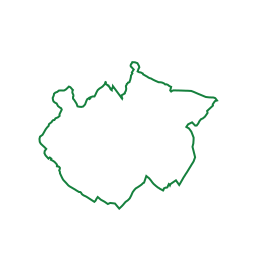 Acatlán, Veracruz, Mexico (Albers equal-area conic projection), rotated 225°
{"feature_id": "50627088B71812664206882", "entity_name": "Acatlán", "entity_type": "district", "adm_level": 2, "iso_a3": "MEX", "parent_name": "Mexico", "parent_adm1": "Veracruz", "projection": "albers", "projection_center": [-96.837, 19.689], "detail": "fine", "context": "isolated", "style": "outline", "palette": "green", "viewbox_px": 256, "rotation_deg": 225, "n_neighbors": 0, "source": "geoboundaries", "source_scale": "gbopen_adm2", "svg_char_len": 4898}
<svg xmlns="http://www.w3.org/2000/svg" viewBox="0 0 256 256"><g transform="rotate(225 128 128)"><path d="M202.5,96.0L200.7,94.7L199.4,94.1L197.6,94.3L195.8,94.9L193.0,94.0L190.6,94.3L189.2,94.7L187.8,94.1L187.0,91.7L186.1,89.2L184.9,88.2L185.1,85.9L186.1,83.6L185.7,81.6L186.5,80.6L186.5,79.3L186.2,78.1L186.6,75.0L186.5,74.7L185.6,73.3L185.6,72.8L185.6,70.9L185.4,70.0L185.3,68.9L184.2,65.0L183.6,62.7L183.9,61.1L184.1,59.7L182.9,57.7L180.6,55.8L178.6,55.2L175.7,55.3L175.1,55.3L173.8,55.4L173.6,55.4L171.9,55.4L171.0,55.4L170.6,52.8L169.3,51.1L166.9,50.3L162.6,50.1L162.6,51.2L162.5,51.8L162.2,51.9L160.5,52.1L160.0,51.0L159.8,51.1L157.2,51.9L155.6,52.1L155.4,52.1L152.5,51.9L151.8,51.4L151.3,50.7L150.9,50.7L150.8,50.9L150.5,51.4L149.2,51.8L147.9,51.6L147.2,50.7L146.7,49.4L145.1,48.8L144.0,47.8L143.6,47.7L140.3,46.5L138.2,45.8L136.8,45.5L136.6,45.5L132.8,45.4L129.6,45.2L129.0,45.3L128.1,45.4L125.9,46.0L125.1,46.2L123.2,46.7L121.3,47.2L121.0,47.2L120.6,47.3L117.4,48.1L116.6,48.9L115.6,49.1L114.1,48.7L113.0,48.7L111.3,49.1L109.5,49.8L108.0,50.2L104.7,50.9L99.6,52.0L99.6,52.4L99.5,53.1L99.7,54.1L100.2,55.6L100.6,57.8L97.7,58.0L96.5,58.1L92.4,59.3L88.5,60.0L87.6,62.4L85.1,64.4L83.8,65.4L79.5,65.0L77.2,64.8L77.1,68.2L77.1,68.7L77.2,71.1L77.3,71.4L77.4,73.5L77.5,73.8L77.2,75.6L77.0,76.6L77.0,78.0L77.0,79.4L77.5,81.0L78.1,82.9L78.3,83.3L78.4,83.6L79.3,85.9L79.7,88.5L79.8,90.5L79.8,90.8L79.2,93.2L78.7,95.7L78.5,97.1L78.4,97.4L78.4,97.7L78.4,98.4L78.4,98.8L78.4,99.6L78.0,100.7L81.1,107.0L79.0,107.2L77.6,107.4L76.7,107.3L75.4,107.2L74.6,107.1L72.1,106.7L71.6,106.7L70.9,106.6L70.1,106.6L69.9,106.6L68.5,106.7L67.1,106.8L65.5,107.0L65.3,107.0L65.1,107.0L63.7,107.4L62.9,107.5L61.7,107.8L61.4,107.9L61.2,108.0L59.0,108.6L59.2,109.5L59.9,110.6L59.3,112.4L58.7,112.9L58.2,113.8L59.5,117.3L58.9,117.4L58.5,117.3L57.8,117.1L58.2,118.0L58.3,118.4L58.1,119.6L57.1,124.9L51.5,123.9L51.8,125.2L53.4,131.1L53.7,132.1L54.2,134.5L54.5,135.7L54.8,137.1L54.9,137.8L56.0,142.4L56.1,142.8L56.6,144.9L56.6,145.0L56.8,145.7L57.0,146.5L57.3,147.7L57.4,148.4L57.6,149.1L58.0,150.8L58.3,151.4L59.9,154.8L60.3,155.0L61.6,155.8L62.4,156.3L64.1,157.3L64.9,157.8L69.1,160.3L70.9,163.3L72.4,165.0L72.9,165.6L74.7,167.5L74.8,167.6L78.1,169.1L80.7,170.2L84.7,170.8L85.4,170.6L86.6,170.2L87.5,170.0L87.9,172.1L88.1,173.1L87.5,174.9L86.7,177.3L82.2,177.2L81.2,178.3L81.5,180.8L82.3,183.2L82.6,185.8L81.9,187.6L81.6,190.3L82.1,193.3L82.4,194.9L82.8,195.2L84.1,196.0L83.8,203.9L84.8,204.6L85.3,207.0L85.5,208.6L84.5,210.4L87.4,210.8L88.3,210.4L89.0,210.1L92.1,207.2L94.2,205.5L94.9,205.0L95.0,204.9L99.4,203.1L100.6,202.6L102.0,202.0L103.5,201.4L107.3,199.9L109.5,198.9L112.6,196.1L113.2,195.5L114.6,194.2L115.9,193.0L119.3,189.8L119.7,189.4L122.5,186.7L123.2,185.1L123.3,184.3L124.7,184.4L125.6,186.0L126.1,186.8L126.6,187.6L128.4,186.9L130.3,186.7L131.7,186.1L132.5,185.1L134.0,185.0L135.7,184.4L137.0,183.6L138.9,181.9L139.3,181.8L142.1,180.7L144.4,179.9L146.7,179.3L148.1,178.5L149.3,178.1L150.7,177.9L150.9,177.8L154.6,176.8L155.2,176.6L156.0,177.0L158.3,176.3L159.4,175.4L161.2,174.8L161.9,176.3L162.3,177.0L162.9,178.9L164.1,179.6L165.1,179.9L165.5,180.0L167.2,180.5L169.5,179.4L171.5,177.6L171.0,176.2L171.0,175.7L170.9,175.1L170.8,174.9L170.4,174.1L170.2,174.0L169.9,173.7L169.5,173.5L169.4,173.5L169.0,173.5L168.8,173.5L168.5,173.5L168.2,173.6L167.7,173.5L165.3,173.4L164.9,171.6L164.7,170.6L164.5,169.9L163.5,169.7L163.0,167.3L161.9,165.9L161.7,165.7L161.3,165.0L160.6,163.9L159.7,162.0L159.4,161.4L160.1,160.0L159.9,159.7L159.8,158.8L160.0,158.3L159.6,157.6L159.4,157.2L159.3,156.8L159.3,156.5L159.1,156.1L158.7,155.8L157.9,155.2L157.1,154.6L156.8,154.2L156.4,153.7L155.7,152.4L155.4,151.3L155.2,150.5L154.7,150.2L155.0,149.0L155.3,148.0L155.8,145.9L155.4,146.0L155.1,145.8L154.6,145.8L154.1,145.3L154.0,144.9L153.5,145.1L153.1,145.0L152.9,144.6L168.2,146.9L167.7,146.3L167.1,145.7L167.1,145.1L167.5,144.5L166.5,143.5L166.2,143.2L166.6,143.1L168.3,143.2L169.4,143.8L170.5,143.8L171.2,144.1L171.5,143.9L172.2,143.8L172.3,144.1L173.2,143.8L174.6,143.4L175.0,143.2L175.6,144.4L176.2,144.7L176.4,144.6L176.1,143.8L175.6,143.0L175.4,142.2L175.4,141.2L175.3,139.5L175.6,137.7L176.1,135.6L176.1,134.7L176.2,133.9L176.2,133.5L176.1,133.0L175.8,131.9L175.3,130.4L174.7,128.9L174.0,126.6L174.2,126.3L175.1,125.6L176.1,123.7L176.6,122.4L175.6,122.2L175.7,121.2L176.8,121.0L177.2,119.8L176.9,118.7L176.8,118.2L176.6,117.8L175.6,115.6L175.0,114.3L174.9,111.5L175.9,109.9L177.6,108.5L179.0,107.6L180.3,108.2L180.5,108.3L181.2,108.7L182.7,109.1L185.5,109.7L185.9,109.8L187.6,109.9L188.9,111.1L189.1,111.9L189.9,112.7L191.2,113.2L192.3,113.6L193.0,114.4L193.6,115.0L193.8,115.9L194.7,115.9L197.6,116.1L199.1,115.5L199.1,113.0L199.2,111.1L199.7,109.4L200.4,108.6L201.7,107.4L203.3,105.7L203.6,103.3L203.7,103.2L204.4,101.6L204.5,99.9L203.9,99.1L203.4,98.3L202.5,96.0Z" fill="none" stroke="#15803d" stroke-width="2"/></g></svg>